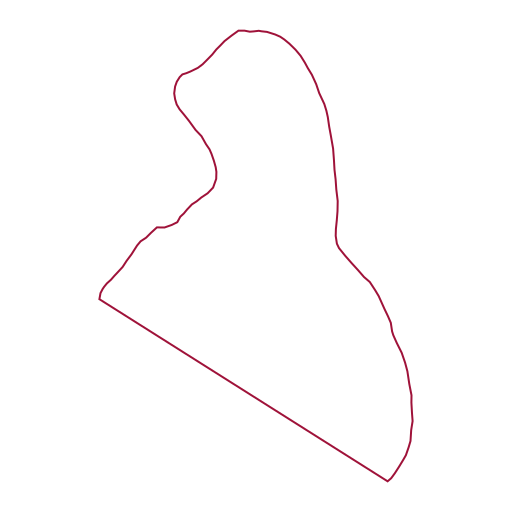 the district of North Huvadhoo, Maldives
{"feature_id": "70690204B59345201549971", "entity_name": "North Huvadhoo", "entity_type": "district", "adm_level": 2, "iso_a3": "MDV", "parent_name": "Maldives", "parent_adm1": "", "projection": "equal_earth", "projection_center": [73.335, 0.637], "detail": "fine", "context": "isolated", "style": "outline", "palette": "rose", "viewbox_px": 512, "rotation_deg": 0, "n_neighbors": 0, "source": "geoboundaries", "source_scale": "gbopen_adm2", "svg_char_len": 1591}
<svg xmlns="http://www.w3.org/2000/svg" viewBox="0 0 512 512"><path d="M387.6,481.3L391.2,478.2L394.8,473.3L399.0,466.8L403.2,459.9L405.9,455.2L408.6,447.4L410.5,441.0L411.2,430.0L412.6,421.1L412.0,413.2L411.4,402.6L411.5,395.3L409.3,384.0L407.4,371.3L405.1,362.7L401.7,352.8L396.7,342.8L393.3,335.2L392.1,331.4L390.8,322.8L388.0,316.3L384.5,309.0L381.8,303.0L378.7,296.1L375.1,290.1L369.8,282.0L364.0,277.0L358.1,270.2L351.8,263.3L345.3,255.9L339.0,248.1L336.9,243.7L335.7,235.9L335.9,229.0L336.8,220.2L337.5,211.3L337.7,201.0L336.3,189.4L335.6,179.4L334.5,169.8L334.0,160.8L333.1,148.6L330.8,135.4L329.2,126.7L327.8,117.1L326.4,110.8L324.3,104.0L319.2,93.1L316.2,84.2L311.9,74.8L307.7,67.9L304.9,62.7L300.6,55.8L295.5,49.7L289.5,43.8L284.3,39.5L280.2,36.7L275.2,34.5L270.8,33.1L267.0,31.9L261.6,31.3L258.8,30.8L253.6,31.4L249.8,31.7L244.7,30.7L238.4,30.7L231.7,35.5L224.5,41.1L220.7,45.1L216.3,49.5L212.2,54.6L207.7,59.2L202.6,64.3L197.8,67.9L190.2,71.6L186.3,73.2L182.4,74.4L179.7,77.1L176.8,81.7L175.1,86.5L174.2,93.4L175.1,99.2L176.7,104.5L179.6,109.3L184.0,114.6L189.0,120.9L195.6,130.0L201.5,136.2L206.0,144.2L209.5,149.3L211.5,153.9L213.9,160.8L215.7,167.2L216.4,171.9L216.2,178.9L213.1,187.6L207.6,193.3L201.3,197.5L196.7,201.3L191.9,204.4L187.1,209.5L183.8,213.5L180.3,216.7L177.3,222.2L171.6,225.0L164.5,227.5L156.9,227.4L150.9,232.9L146.1,237.7L140.6,241.3L137.1,245.5L133.9,250.5L131.5,254.3L126.7,260.7L122.6,267.0L117.7,272.3L114.4,275.8L111.0,279.7L106.9,283.4L104.2,286.7L102.7,288.9L100.5,293.1L99.4,299.2L387.6,481.3Z" fill="none" stroke="#9f1239" stroke-width="2"/></svg>